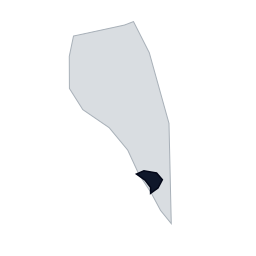 Mauren highlighted on a map of Liechtenstein, rotated 162°
{"feature_id": "LIE-4900", "entity_name": "Mauren", "entity_type": "state/province", "adm_level": 1, "iso_a3": "LIE", "parent_name": "Liechtenstein", "parent_adm1": "", "projection": "mercator", "projection_center": [9.538, 47.223], "detail": "fine", "context": "in_parent", "style": "filled", "palette": "ink", "viewbox_px": 256, "rotation_deg": 162, "n_neighbors": 0, "source": "natural_earth", "source_scale": "10m", "svg_char_len": 504}
<svg xmlns="http://www.w3.org/2000/svg" viewBox="0 0 256 256"><g transform="rotate(162 128 128)"><path d="M151.4,232.3L99.6,227.0L89.9,227.5L84.5,193.1L87.6,119.7L116.4,23.7L122.5,39.5L126.1,59.6L132.0,81.0L135.1,107.1L145.8,134.1L165.3,159.4L171.5,183.7L161.7,214.3L151.4,232.3Z" fill="#d9dde1" stroke="#a8b0b8" stroke-width="1"/><path d="M126.7,58.9L124.9,64.5L127.9,73.1L134.2,81.6L126.1,82.4L114.7,76.4L111.3,68.2L118.0,61.7L126.7,58.9Z" fill="#0f172a" stroke="#020617" stroke-width="1.5"/></g></svg>